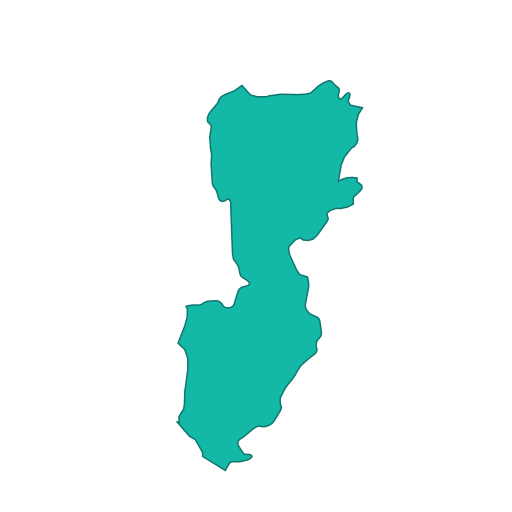 SVG path tracing the border of Leitrim, rotated 223°
{"feature_id": "IRL-730", "entity_name": "Leitrim", "entity_type": "County", "adm_level": 1, "iso_a3": "IRL", "parent_name": "Ireland", "parent_adm1": "", "projection": "mercator", "projection_center": [-8.037, 54.143], "detail": "fine", "context": "isolated", "style": "filled", "palette": "teal", "viewbox_px": 512, "rotation_deg": 223, "n_neighbors": 0, "source": "natural_earth", "source_scale": "10m", "svg_char_len": 3056}
<svg xmlns="http://www.w3.org/2000/svg" viewBox="0 0 512 512"><g transform="rotate(223 256 256)"><path d="M200.4,81.0L198.7,82.0L202.7,85.8L203.7,90.0L204.4,94.5L207.5,99.1L215.1,107.6L228.7,126.8L236.2,134.7L244.3,139.0L253.6,139.1L260.4,156.3L264.5,164.2L270.0,170.4L272.8,171.5L271.1,174.2L268.2,177.7L264.4,181.0L263.6,182.1L262.8,183.6L262.4,185.6L261.8,187.5L260.9,189.2L259.8,190.7L254.6,196.1L253.4,197.0L251.7,197.7L250.0,197.9L248.1,197.8L246.4,197.2L244.4,197.1L242.8,197.6L241.3,198.6L240.1,200.0L239.2,201.6L238.7,203.4L239.2,206.0L245.0,217.8L245.6,220.5L245.4,222.6L244.6,224.4L243.5,226.0L242.1,228.2L241.5,230.0L241.9,231.4L243.0,232.0L245.8,232.1L252.0,231.0L253.8,231.2L255.2,231.8L260.6,235.7L263.2,236.9L270.3,238.3L274.7,241.6L311.4,278.2L314.1,279.1L315.6,278.4L316.0,276.4L316.6,274.6L317.7,273.1L319.1,272.2L321.1,272.2L323.0,272.9L328.6,276.4L331.1,277.2L334.9,277.9L337.5,279.4L351.7,292.8L357.9,300.3L362.3,303.4L371.0,311.5L376.7,320.0L378.8,321.0L380.7,321.2L382.4,321.1L384.1,322.1L385.7,323.9L386.6,325.8L387.4,328.0L387.8,330.6L388.2,340.5L388.4,341.9L389.6,344.8L390.1,346.7L389.9,349.4L388.9,352.7L384.4,362.0L382.6,371.1L369.9,370.0L363.7,373.3L357.0,379.6L355.8,381.9L348.0,391.4L335.0,403.0L329.9,408.5L327.1,412.6L327.0,415.0L326.7,417.3L326.4,421.9L326.0,424.0L324.8,428.3L323.9,430.7L322.3,433.9L320.5,435.1L318.6,435.2L314.6,434.8L310.7,435.2L308.8,434.7L307.7,433.5L305.7,430.1L304.3,428.6L302.2,427.7L301.1,428.6L300.6,430.3L300.6,434.8L300.2,437.5L299.2,438.7L298.4,438.9L297.3,438.1L296.5,436.9L295.6,435.3L295.0,433.5L294.0,431.9L289.7,430.8L279.2,437.0L277.7,429.4L273.5,421.8L269.7,418.1L266.1,414.7L261.0,410.8L259.5,408.1L258.7,403.5L259.8,400.2L258.9,388.9L255.9,380.9L246.7,366.8L245.2,371.1L242.7,375.3L239.3,379.0L235.3,382.0L232.9,379.3L227.1,379.8L224.6,378.0L224.2,374.5L224.8,365.3L223.4,363.4L220.2,360.5L222.5,354.1L226.7,348.2L229.0,346.4L230.4,344.6L232.7,340.1L233.4,335.5L228.4,332.3L227.6,329.6L225.4,313.5L225.8,307.3L228.3,303.1L232.4,299.9L236.0,299.4L236.9,297.8L237.6,296.3L238.2,294.4L238.3,292.3L238.3,285.3L236.2,282.7L232.2,279.8L217.1,273.6L211.4,272.2L204.0,275.8L199.2,272.2L196.5,269.5L186.9,254.2L185.7,253.0L184.3,251.9L182.4,251.1L180.4,250.7L178.2,250.5L176.2,250.7L169.0,253.1L167.0,252.9L165.3,252.2L155.6,244.4L154.5,242.8L153.8,240.8L153.7,237.2L153.1,234.3L151.0,231.4L147.3,228.9L146.5,227.3L146.1,225.0L147.3,218.5L148.3,208.9L148.3,205.9L147.8,202.4L146.3,196.1L145.5,191.4L145.0,183.2L144.1,177.5L141.4,168.7L138.8,165.7L136.5,163.9L134.6,163.1L133.5,161.5L132.7,159.3L130.3,148.1L130.1,145.7L130.4,142.9L132.1,138.7L133.7,136.6L135.4,135.2L137.0,134.2L138.4,133.1L139.5,130.6L140.3,127.2L141.5,116.9L142.0,114.0L142.7,112.0L142.9,110.1L142.6,107.9L140.5,105.6L131.9,103.2L130.0,103.1L128.3,103.7L125.8,106.2L124.3,107.0L122.4,106.9L121.9,105.1L122.7,101.8L127.1,95.0L130.0,92.1L132.3,90.2L134.3,87.1L132.4,78.9L132.2,78.2L158.3,73.1L161.3,76.0L175.2,80.3L181.7,78.8L199.4,80.7L200.1,80.9L200.4,81.0Z" fill="#14b8a6" stroke="#0f766e" stroke-width="1.5"/></g></svg>